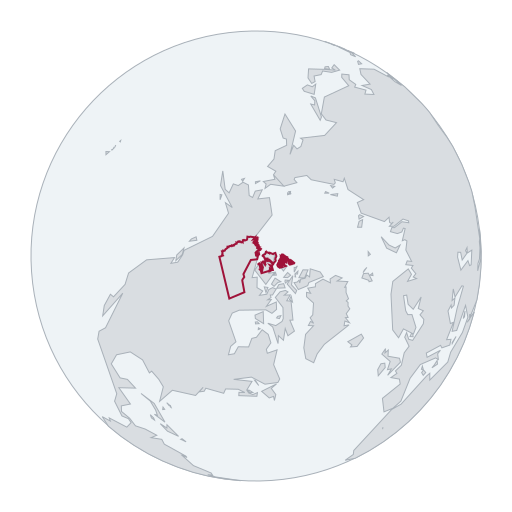 globe centered on Northwest Territories, rotated 86°
{"feature_id": "CAN-635", "entity_name": "Northwest Territories", "entity_type": "Territory", "adm_level": 1, "iso_a3": "CAN", "parent_name": "Canada", "parent_adm1": "", "projection": "orthographic", "projection_center": [-123.126, 69.383], "detail": "fine", "context": "on_globe", "style": "outline", "palette": "rose", "viewbox_px": 512, "rotation_deg": 86, "n_neighbors": 0, "source": "natural_earth", "source_scale": "10m", "svg_char_len": 16432}
<svg xmlns="http://www.w3.org/2000/svg" viewBox="0 0 512 512"><g transform="rotate(86 256 256)"><circle cx="256" cy="256" r="225" fill="#eef3f6" stroke="#a8b0b8"/><path d="M415.5,415.1L405.5,420.6L410.5,412.8L407.3,413.7L417.7,396.8L413.5,392.2L409.4,394.6L406.2,400.9L391.0,407.2L383.7,404.5L327.8,419.7L320.1,417.8L317.1,411.1L283.8,391.5L305.0,413.1L294.8,410.8L284.0,403.9L286.8,401.0L275.2,388.6L264.1,384.3L252.2,365.4L251.9,337.4L257.4,341.4L256.7,334.5L249.7,329.1L245.3,327.3L233.4,298.0L211.4,280.4L200.7,282.8L206.0,276.3L183.2,286.5L168.8,283.2L187.4,282.1L191.1,278.4L182.5,273.6L184.5,268.8L181.5,263.8L184.6,258.6L195.2,258.6L197.4,255.3L191.2,252.2L190.4,245.2L199.2,250.2L198.7,238.5L216.3,237.1L237.2,255.8L249.4,251.4L277.3,261.4L277.2,256.3L287.6,257.2L291.4,251.7L295.5,255.3L294.9,247.9L290.4,245.6L288.7,241.6L290.4,238.2L296.0,242.2L295.9,244.5L298.5,243.9L300.5,247.4L300.5,243.8L307.0,249.2L303.3,239.0L310.7,239.2L314.3,244.1L310.4,249.9L308.9,276.5L311.3,283.7L318.7,287.8L340.2,282.0L344.4,287.6L352.6,290.4L352.0,284.4L345.3,280.0L346.2,269.7L337.9,265.9L337.1,261.2L330.0,255.0L335.0,249.3L343.7,247.2L349.8,252.2L353.8,251.5L351.1,241.5L365.6,246.0L380.4,240.9L383.7,243.0L384.5,256.0L376.5,269.0L377.5,286.9L380.8,268.7L389.1,274.6L392.1,272.9L394.0,268.8L392.4,264.1L396.0,264.9L394.1,282.9L390.8,282.5L391.4,276.7L387.7,283.0L386.5,295.6L390.7,297.8L384.4,315.3L387.3,317.1L387.6,322.1L383.3,317.9L390.9,326.0L384.1,348.8L394.3,362.3L380.0,357.6L372.2,361.6L363.6,368.1L365.2,370.5L351.7,376.4L342.9,388.1L344.8,402.0L353.5,407.9L368.1,400.1L370.1,392.9L379.4,385.4L377.8,402.0L394.9,391.6L396.1,400.8L401.7,401.0L409.0,393.4L417.0,388.1L420.9,378.6L427.9,367.5L429.9,373.3L432.3,362.8L437.3,360.6L450.1,340.9L449.6,343.8L460.7,333.1L469.4,315.8L471.5,314.7L470.8,319.4L473.1,312.7L473.1,313.9L479.1,286.9L476.3,302.9L472.4,318.6L467.4,333.9L461.2,348.9L454.0,363.4L445.8,377.3L436.6,390.6L426.5,403.3L415.5,415.1ZM141.3,398.4L141.7,394.9L144.5,398.6L141.3,398.4ZM140.0,391.7L140.2,393.1L139.6,391.7L140.0,391.7ZM138.2,390.0L139.5,391.2L137.9,390.2L138.2,390.0ZM135.6,388.1L137.1,389.0L136.8,389.0L135.6,388.1ZM396.0,367.8L415.4,358.4L406.8,368.4L408.0,365.5L402.6,366.9L393.3,371.6L385.1,380.3L396.0,367.8ZM132.1,384.0L131.3,382.9L132.7,383.4L132.1,384.0ZM399.2,353.1L396.1,355.3L398.8,352.6L399.2,353.1ZM243.0,327.3L249.4,329.5L255.0,336.3L249.5,335.0L243.0,327.3ZM232.7,314.4L236.2,313.9L236.6,321.4L234.5,319.3L232.7,314.4ZM192.6,285.8L197.4,287.9L192.1,287.5L192.6,285.8ZM180.5,264.1L178.5,265.1L177.8,262.1L180.5,264.1ZM327.8,258.6L328.9,256.9L329.6,258.9L327.8,258.6ZM323.7,257.6L323.7,261.2L321.8,261.3L321.8,259.1L323.7,257.6ZM181.9,251.4L181.3,246.4L183.7,251.5L181.9,251.4ZM324.0,253.1L318.3,261.0L314.9,261.1L312.0,252.7L324.0,253.1ZM182.2,243.5L180.8,231.8L176.2,232.9L188.3,223.3L185.5,236.4L189.2,242.3L184.9,240.9L182.2,243.5ZM288.2,246.3L293.1,248.6L287.4,249.9L288.2,246.3ZM285.0,248.2L270.0,258.2L263.8,253.4L270.1,250.9L260.6,247.3L264.9,240.0L271.1,240.3L274.3,244.8L273.5,238.6L285.0,248.2ZM195.2,220.1L196.4,217.3L197.1,220.2L195.2,220.1ZM287.5,240.1L285.1,242.5L279.4,238.5L283.4,233.0L283.9,236.0L287.5,240.1ZM256.0,250.0L252.6,246.2L255.1,239.1L254.1,236.7L264.5,239.4L256.0,250.0ZM286.1,235.2L285.5,230.3L289.8,229.2L289.6,237.5L286.1,235.2ZM276.4,239.8L273.9,237.6L276.5,237.0L276.4,239.8ZM304.5,222.8L301.7,225.6L298.6,223.7L304.5,222.8ZM285.0,228.5L283.5,228.9L282.0,228.6L282.5,225.2L285.0,228.5ZM265.5,234.3L267.3,232.3L261.4,232.8L263.1,227.7L269.7,230.5L267.6,227.2L268.1,225.6L272.9,229.7L265.5,234.3ZM278.2,220.6L287.3,222.6L293.2,217.8L296.2,219.3L286.1,226.9L278.2,220.6ZM274.7,225.6L277.6,222.8L279.8,226.0L279.2,229.9L274.7,225.6ZM261.8,223.3L257.6,230.4L256.3,229.6L261.8,223.3ZM279.5,218.6L277.3,218.2L279.7,217.9L279.5,218.6ZM266.8,221.1L265.4,223.7L264.0,222.7L266.8,221.1ZM274.0,215.2L276.9,215.8L276.6,218.4L274.0,215.2ZM270.3,217.4L268.7,215.4L274.8,219.0L270.0,218.7L270.3,217.4ZM265.6,219.7L264.3,219.9L266.4,218.8L265.6,219.7ZM273.5,205.1L281.3,209.1L280.6,214.7L273.1,210.1L273.5,205.1ZM464.7,171.1L466.0,181.3L460.8,172.8L456.8,172.0L418.6,131.4L413.9,121.6L387.7,94.3L385.1,90.8L391.9,91.3L375.2,72.1L365.5,68.5L346.7,55.4L331.8,48.9L319.9,50.4L344.3,61.0L344.8,65.6L322.4,59.1L300.6,51.2L300.1,52.7L310.8,60.3L302.6,61.5L314.1,63.5L311.8,60.5L318.9,61.8L321.5,64.6L318.5,64.8L324.2,68.3L336.9,66.8L335.9,63.6L352.8,71.7L352.7,67.3L358.4,68.9L360.6,77.0L358.0,78.1L364.7,92.9L369.0,92.4L362.9,78.6L366.2,81.6L372.0,81.3L370.2,84.0L375.7,99.6L388.7,110.8L410.9,121.6L417.4,130.0L420.4,139.2L406.8,139.8L393.8,121.1L388.8,121.5L386.7,129.9L382.9,123.6L380.4,124.9L375.1,118.6L362.9,114.9L356.7,109.6L347.4,113.3L342.9,111.1L349.7,109.5L351.1,105.6L335.3,93.8L330.9,93.0L326.1,96.5L322.3,92.9L319.7,97.8L308.4,94.1L320.1,102.9L314.8,107.6L305.5,108.4L305.9,111.6L321.0,110.5L325.1,108.7L325.3,104.5L338.4,101.4L344.8,104.4L339.0,114.0L347.5,119.5L339.3,124.8L303.5,124.0L290.9,121.3L279.5,105.0L285.1,102.2L291.9,106.6L289.7,97.4L287.9,100.6L284.8,97.8L278.9,101.9L276.4,100.1L275.1,107.2L271.4,105.5L272.3,101.1L260.5,106.1L251.5,104.4L250.1,106.4L251.0,109.0L239.0,105.3L238.5,107.0L242.2,108.9L243.5,113.4L241.1,120.2L237.1,118.5L237.4,115.9L232.0,108.0L233.5,101.3L231.6,101.4L229.4,106.8L236.0,116.4L235.7,120.9L231.7,116.7L233.1,118.6L231.7,120.4L226.6,120.6L230.6,125.5L220.6,148.1L209.7,151.2L207.3,144.7L196.1,159.6L184.6,162.5L188.0,164.0L185.0,172.6L188.6,171.8L190.0,173.3L183.8,195.6L179.2,199.7L180.5,211.7L182.3,212.6L185.7,210.1L188.3,223.3L176.2,232.9L172.8,230.3L167.5,238.2L160.5,231.3L152.3,229.5L147.7,217.7L141.5,217.5L140.2,220.7L130.9,223.0L116.4,217.2L134.1,207.8L157.0,215.0L148.2,210.7L152.0,207.6L149.9,203.6L143.5,201.0L141.6,203.3L140.5,179.1L128.6,166.4L125.2,176.7L118.7,180.9L102.2,176.7L92.6,151.6L83.8,158.0L80.5,157.7L81.7,150.6L86.7,150.7L91.8,144.5L94.4,145.8L98.2,134.7L102.1,136.1L103.1,127.1L98.0,129.3L93.3,138.3L92.5,130.2L82.2,138.6L76.4,139.4L77.9,125.2L86.5,111.4L86.0,111.0L91.9,105.1L96.0,99.0L82.2,112.6L82.0,112.9L97.7,95.7L115.1,80.2L116.6,79.0L121.4,75.3L125.0,72.7L125.9,72.2L138.2,65.2L150.9,57.2L160.5,52.0L178.7,44.4L197.6,38.4L199.0,38.1L206.5,36.2L222.4,34.1L254.1,31.6L257.3,32.2L263.6,32.0L274.6,33.3L278.9,35.1L286.2,35.9L274.2,31.9L266.3,31.4L257.8,31.9L256.1,31.2L245.3,31.1L250.9,30.8L267.2,31.0L283.4,32.4L299.5,35.0L315.3,38.7L331.2,46.5L329.3,46.6L329.4,47.0L333.8,47.2L336.9,50.0L327.5,42.6L327.1,42.2L342.2,47.9L357.0,54.6L371.2,62.4L384.8,71.2L397.8,80.9L410.0,91.6L421.4,103.1L432.0,115.3L441.6,128.4L450.3,142.0L458.0,156.3L464.7,171.1ZM435.6,141.3L437.6,141.8L435.6,141.3ZM279.8,42.0L265.2,40.3L267.8,45.0L262.3,44.9L265.2,46.6L268.0,45.4L274.4,50.6L266.6,51.6L266.3,54.3L271.2,55.0L284.4,52.6L275.4,44.9L280.5,43.6L279.8,42.0ZM450.4,340.2L452.2,338.9L450.3,342.2L450.4,340.2ZM406.9,372.5L410.4,369.4L412.6,368.7L410.2,371.6L406.9,372.5ZM433.1,342.5L436.5,338.7L433.6,343.9L433.1,342.5ZM418.1,356.6L430.5,345.8L424.6,356.5L416.6,363.2L421.4,356.9L418.1,356.6ZM400.2,359.3L402.6,357.8L402.7,359.8L400.2,359.3ZM401.2,351.2L400.5,352.1L398.7,352.0L401.2,351.2ZM389.2,273.5L389.4,272.1L391.9,268.7L391.9,271.7L389.2,273.5ZM395.6,245.9L401.4,247.7L397.3,248.3L398.5,252.7L391.4,259.8L385.0,244.4L389.1,250.0L395.6,245.9ZM380.2,265.2L385.4,262.3L379.9,266.1L380.2,265.2ZM372.2,138.9L371.9,135.0L376.3,134.9L384.0,142.4L377.8,142.5L372.2,138.9ZM370.5,129.5L362.6,137.3L357.4,133.2L361.7,134.1L359.0,130.6L365.2,131.3L368.0,120.0L372.0,119.3L384.2,133.0L378.0,128.8L378.6,132.8L370.5,129.5ZM351.4,166.5L347.9,170.4L341.3,156.4L345.3,154.4L353.3,161.5L353.3,168.1L351.4,166.5ZM320.1,237.0L319.2,239.8L317.7,238.6L317.2,235.3L320.1,237.0ZM303.5,224.2L322.5,223.6L322.4,226.7L333.6,222.9L337.8,229.7L330.4,231.9L342.0,234.5L337.0,239.2L344.9,240.1L327.9,244.3L323.9,248.9L326.8,241.1L323.1,234.6L320.3,233.2L309.3,232.7L298.7,239.6L293.4,234.5L292.4,229.0L294.1,226.6L297.0,230.6L297.2,224.5L302.8,228.5L303.5,224.2ZM283.9,171.6L286.6,176.8L287.9,166.2L293.4,169.7L293.2,168.3L298.7,168.7L305.1,166.7L307.1,169.1L308.7,167.4L312.4,167.7L315.2,166.1L319.8,170.0L323.7,168.4L323.7,171.1L329.1,167.4L327.1,171.9L331.7,173.0L331.2,168.0L348.9,194.0L357.9,201.8L366.5,205.9L361.9,213.5L350.9,214.7L337.6,212.0L329.6,203.5L329.0,208.6L325.0,206.2L327.2,203.2L321.4,206.3L318.7,203.5L306.9,201.9L300.2,208.4L295.8,208.1L297.0,204.1L291.7,206.6L290.9,198.9L287.7,198.6L283.8,190.8L288.0,183.6L284.1,183.7L280.9,178.0L283.9,171.6ZM272.6,202.8L276.4,193.1L281.3,190.3L286.1,205.1L289.2,206.5L292.4,216.1L285.2,219.9L284.9,216.8L283.0,214.7L286.0,214.3L282.2,213.0L281.7,208.7L278.5,206.6L280.6,204.0L272.6,202.8ZM379.8,88.3L377.3,85.9L372.9,82.6L376.5,82.5L379.8,88.3ZM383.9,98.9L381.3,96.9L384.1,94.8L386.7,97.5L383.9,98.9ZM377.4,97.7L380.9,97.0L380.6,98.9L377.4,97.7ZM347.1,108.0L344.0,106.3L344.7,105.1L347.5,104.9L347.1,108.0ZM288.9,141.8L289.6,145.0L288.1,145.3L285.3,151.9L281.0,149.9L281.0,145.2L288.9,141.8ZM325.4,51.3L331.1,52.2L332.8,53.6L330.5,52.9L325.4,51.3ZM356.1,66.4L350.2,62.0L357.1,66.4L356.1,66.4ZM283.7,140.7L283.0,143.6L281.2,140.9L283.7,140.7ZM277.6,148.9L275.1,146.2L280.1,150.4L277.6,148.9ZM60.8,143.5L59.9,145.4L59.0,146.8L59.8,145.2L60.8,143.5ZM58.5,148.7L57.4,150.1L60.0,145.9L58.5,148.7ZM84.5,111.7L88.2,107.1L89.1,106.5L85.0,112.1L84.5,111.7ZM72.0,140.4L68.9,141.0L68.4,140.2L71.6,137.2L72.0,140.4ZM245.5,129.8L254.3,122.6L257.7,116.6L255.1,111.5L262.6,115.7L257.3,125.1L245.5,129.8ZM224.1,145.9L226.4,150.6L223.0,150.9L222.0,149.8L224.1,145.9ZM227.2,147.1L234.7,148.6L234.4,152.7L228.6,150.7L227.2,147.1ZM259.4,143.8L262.3,141.8L263.7,144.0L259.4,143.8ZM51.3,162.0L49.4,166.5L46.7,172.5L51.3,162.0ZM51.8,161.1L53.9,156.5L52.3,160.4L51.8,161.1ZM55.0,154.4L56.2,152.5L54.0,156.9L55.0,154.4ZM50.5,164.0L51.6,162.9L49.7,166.3L50.5,164.0ZM59.5,148.1L53.3,159.0L59.8,146.5L64.2,142.7L61.8,147.5L59.5,148.1ZM72.0,170.6L74.9,169.5L73.8,174.5L72.1,173.9L72.0,170.6ZM73.0,190.5L74.5,175.5L76.1,163.9L73.7,167.3L70.6,164.7L76.4,159.6L78.1,167.7L76.1,176.6L79.6,178.4L80.5,185.5L86.1,184.9L87.7,188.4L82.0,191.7L73.0,190.5ZM88.7,184.4L98.8,186.7L95.1,196.4L92.0,198.1L88.9,192.8L91.1,188.0L88.7,184.4ZM100.2,190.2L102.4,185.7L121.9,181.0L125.1,182.5L108.2,190.8L109.4,187.0L105.3,186.5L100.2,190.2ZM194.0,217.0L196.2,217.3L194.1,218.9L194.0,217.0ZM192.0,172.6L193.6,174.9L191.0,176.6L192.0,172.6ZM196.6,182.1L198.4,178.6L198.1,183.0L196.6,182.1ZM202.0,170.7L199.9,177.5L199.5,170.1L202.0,170.7Z" fill="#d9dde1" stroke="#a8b0b8" stroke-width="1"/><path d="M237.3,255.8L238.9,257.2L238.6,256.3L238.8,256.4L238.0,255.8L238.7,255.6L238.2,255.3L238.2,254.8L238.9,255.4L238.4,254.5L239.4,254.8L239.3,254.2L239.5,254.0L240.4,254.3L240.3,254.0L240.7,253.6L240.6,253.2L241.0,254.0L241.5,254.1L240.7,255.0L240.4,255.5L242.4,254.7L242.7,253.8L243.2,254.0L243.5,253.9L243.1,253.9L243.2,253.6L243.7,253.9L244.9,253.0L245.1,253.5L245.6,252.5L246.9,252.8L247.3,252.0L247.6,252.7L245.3,254.6L245.2,254.3L243.9,254.5L243.2,255.6L243.1,255.3L242.9,255.9L243.0,255.4L242.6,255.4L242.4,255.9L242.3,256.5L242.1,256.1L241.4,256.9L241.7,257.4L242.1,257.6L241.5,256.9L242.8,257.3L242.9,257.0L242.4,257.0L242.6,256.7L242.4,256.2L243.0,255.9L243.1,255.6L243.0,256.1L243.2,255.6L243.3,256.0L244.2,255.1L243.9,255.0L244.6,255.0L244.4,255.4L244.9,254.8L244.6,255.5L244.9,255.2L244.9,254.5L244.9,255.3L245.1,254.4L244.9,255.5L245.3,254.7L245.0,255.5L245.3,255.3L245.0,256.0L245.1,256.3L245.2,255.7L246.1,254.2L248.3,253.3L248.1,253.8L247.8,253.8L247.8,254.3L248.1,254.4L249.0,253.4L249.0,252.8L250.2,252.5L249.3,251.8L249.6,251.0L250.7,252.4L251.1,254.3L251.7,255.3L252.8,256.2L253.3,255.7L252.5,255.8L253.3,255.5L252.8,255.0L252.9,254.7L253.7,254.7L253.1,254.3L254.0,253.6L253.2,253.5L254.3,253.4L253.8,253.1L254.1,252.9L254.3,253.3L254.1,253.7L254.3,254.1L254.1,254.6L254.8,254.8L254.1,255.9L254.2,256.0L255.6,255.9L256.2,254.2L259.2,255.0L259.4,255.3L259.6,261.4L273.2,269.8L276.2,269.2L278.5,271.1L279.5,271.4L291.3,270.1L296.6,285.6L254.2,292.6L253.9,290.9L253.1,290.0L253.4,289.6L253.2,288.9L251.7,289.6L250.7,289.1L248.9,289.6L248.8,288.4L248.4,288.3L248.7,287.9L248.5,286.8L247.3,286.1L246.0,284.0L244.7,283.8L244.8,282.7L245.0,282.5L244.4,282.1L244.1,280.9L244.5,280.2L243.6,279.3L244.3,278.5L243.5,277.6L243.9,277.2L242.7,276.1L242.4,274.6L241.3,274.6L241.6,274.1L240.2,272.7L240.8,271.9L240.2,271.1L241.4,269.8L240.9,268.7L241.3,268.3L239.3,268.0L239.2,267.6L239.6,266.9L239.2,266.6L239.7,265.7L239.2,264.0L239.7,263.9L236.1,263.2L236.6,261.3L236.3,260.4L237.3,255.8ZM264.9,254.6L264.0,254.1L263.6,253.3L267.4,251.5L270.0,251.6L271.4,251.0L267.8,249.9L265.9,250.7L263.1,250.8L262.0,249.4L265.3,247.6L264.7,247.4L265.6,247.3L266.0,246.9L263.2,247.8L262.9,247.3L263.0,247.9L262.2,247.9L262.0,247.6L262.8,247.1L262.4,246.9L262.7,246.7L261.0,247.0L261.0,245.8L262.0,244.5L261.4,243.6L262.6,241.8L265.6,239.6L266.4,240.5L266.6,241.7L266.1,242.8L267.2,242.1L267.0,242.5L267.1,242.4L267.3,242.1L267.0,241.8L267.2,241.2L267.6,240.8L269.8,241.5L269.8,242.1L269.3,243.0L269.6,243.0L269.6,243.6L269.9,242.5L269.9,243.0L270.4,243.2L270.2,242.7L270.5,242.0L271.4,242.3L273.5,251.7L270.2,252.3L270.1,252.8L270.4,252.8L269.8,253.1L269.7,252.4L264.1,253.2L264.1,253.6L264.9,254.6ZM264.7,239.2L260.6,243.1L260.5,244.2L259.4,244.6L259.6,245.1L259.3,245.8L259.4,246.8L259.1,247.6L257.8,247.8L256.4,249.3L255.8,249.1L254.8,246.9L253.4,245.8L253.8,245.8L252.7,245.8L253.3,244.0L253.8,243.4L253.7,243.2L253.9,242.9L253.7,242.3L254.4,242.0L254.0,241.4L255.3,238.8L254.8,238.3L254.3,236.5L257.6,235.7L259.9,236.8L259.6,237.4L259.6,237.6L259.9,236.9L260.3,236.9L260.4,237.4L260.3,237.8L260.7,236.8L262.1,236.7L264.7,239.2ZM269.4,233.1L268.0,234.8L266.4,235.4L265.0,234.6L266.5,233.1L267.7,232.8L268.1,231.8L266.8,232.5L266.7,232.4L266.8,232.1L266.4,232.0L266.3,232.7L265.3,233.0L265.5,232.5L265.2,232.5L265.2,232.0L265.3,231.9L265.7,231.5L264.9,231.4L264.9,232.4L264.6,232.1L264.5,232.3L264.8,232.6L264.8,233.1L264.2,233.5L263.9,232.7L263.5,232.9L263.7,233.3L263.5,233.6L262.9,233.3L263.1,233.0L262.8,233.1L262.9,232.7L262.4,233.1L261.4,232.7L261.8,231.8L263.0,231.7L263.9,230.7L261.7,231.3L262.0,230.6L263.9,230.0L262.1,230.0L262.3,229.8L262.1,229.6L262.1,229.2L262.5,228.9L263.9,228.9L262.7,228.5L263.7,227.5L264.2,227.6L264.6,228.7L266.0,228.5L265.9,228.7L266.8,229.4L266.4,229.8L267.1,229.6L267.6,230.8L268.8,230.4L269.4,233.1ZM259.9,229.4L259.4,228.5L259.2,228.6L259.4,229.5L259.1,229.5L259.5,230.0L258.6,230.7L258.6,230.1L258.3,230.0L258.3,229.4L258.1,229.2L258.0,229.5L258.1,230.2L257.7,230.4L257.2,229.9L256.7,230.3L256.4,230.1L256.6,229.6L256.4,229.6L256.6,229.5L256.5,229.4L256.1,229.7L256.7,228.5L257.5,228.3L257.8,227.3L258.5,226.8L259.4,224.8L261.3,224.7L261.1,224.5L261.5,224.3L261.1,224.1L261.7,223.6L262.7,224.5L261.9,225.3L262.5,225.9L262.0,226.1L262.5,226.9L261.6,227.6L261.7,228.4L261.6,228.6L260.7,228.2L260.8,226.8L260.7,226.6L260.2,227.1L260.4,227.7L259.8,227.9L260.2,228.5L259.9,229.4ZM266.7,221.4L266.0,221.8L266.7,222.0L266.9,222.5L266.9,223.0L265.5,224.0L264.4,223.4L264.3,223.2L264.1,222.3L265.5,221.0L266.5,220.7L266.7,221.4ZM266.3,219.9L265.4,219.8L265.0,220.4L263.7,220.3L265.6,218.3L266.0,218.5L266.3,219.9ZM261.3,229.4L260.4,231.8L259.6,231.5L260.3,230.2L261.3,229.4ZM263.1,221.4L263.9,222.4L263.4,222.8L262.5,222.0L263.1,221.4ZM263.4,226.6L264.2,225.9L264.7,226.3L264.5,226.6L263.4,226.6ZM271.2,241.1L270.9,241.2L270.1,240.4L271.0,240.2L271.2,241.1ZM268.2,227.8L267.8,227.6L267.7,227.1L268.0,226.9L268.2,227.8ZM257.8,231.0L258.2,230.3L258.1,230.9L257.8,231.0ZM271.1,241.3L271.1,241.5L270.9,241.5L271.1,241.3ZM270.2,250.9L271.1,250.9L270.5,251.1L270.2,250.9ZM249.3,250.8L249.5,250.9L249.2,251.1L249.3,250.8ZM263.7,250.9L264.2,251.0L263.6,251.0L263.7,250.9ZM237.8,255.1L238.0,255.1L238.1,255.3L237.8,255.1ZM238.9,254.2L239.2,254.3L239.3,254.5L239.2,254.6L238.9,254.2ZM239.2,253.5L239.2,253.3L239.3,253.3L239.2,253.5ZM264.7,251.0L265.1,250.9L264.7,251.0L264.7,251.0ZM271.2,241.9L271.3,242.1L271.0,241.9L271.2,241.9ZM238.6,253.7L238.9,254.0L238.6,253.8L238.6,253.7ZM241.4,253.9L241.1,253.9L241.4,253.9L241.4,253.9ZM269.1,251.3L269.3,251.3L269.1,251.3ZM264.3,251.0L264.5,250.9L264.3,251.0ZM265.4,250.8L265.5,250.7L265.2,250.9L265.4,250.8ZM264.3,251.1L264.6,251.3L264.2,251.1L264.3,251.1ZM253.6,252.9L253.4,253.1L253.4,252.9L253.6,252.9ZM270.7,241.8L270.8,241.9L270.6,241.9L270.7,241.8ZM270.7,241.7L270.9,241.8L270.7,241.8L270.7,241.7Z" fill="none" stroke="#9f1239" stroke-width="2"/></g></svg>